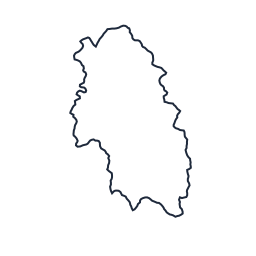 the district of Três Pontas, Minas Gerais, Brazil, rotated 70°
{"feature_id": "56859067B88282475528455", "entity_name": "Três Pontas", "entity_type": "district", "adm_level": 2, "iso_a3": "BRA", "parent_name": "Brazil", "parent_adm1": "Minas Gerais", "projection": "albers", "projection_center": [-45.5, -21.406], "detail": "fine", "context": "isolated", "style": "outline", "palette": "slate", "viewbox_px": 256, "rotation_deg": 70, "n_neighbors": 0, "source": "geoboundaries", "source_scale": "gbopen_adm2", "svg_char_len": 3910}
<svg xmlns="http://www.w3.org/2000/svg" viewBox="0 0 256 256"><g transform="rotate(70 128 128)"><path d="M30.3,143.2L31.8,142.8L33.7,141.9L35.5,142.1L37.0,143.3L38.0,145.0L38.8,146.6L39.4,148.4L39.6,151.3L40.4,152.8L41.6,154.0L43.3,154.4L45.3,154.7L46.1,153.5L47.2,152.1L48.9,150.5L50.7,149.9L53.1,149.7L54.7,148.7L56.9,149.1L58.4,150.4L59.8,150.3L61.2,149.0L63.2,148.9L64.8,150.0L65.9,151.4L67.3,152.6L69.0,153.1L70.3,154.0L70.6,156.2L70.9,158.3L72.4,159.0L73.7,158.0L74.3,156.7L75.0,155.4L76.4,154.6L78.5,154.5L79.7,155.5L79.5,157.2L78.5,158.2L77.4,159.2L76.4,160.6L76.6,162.2L77.4,163.8L78.8,164.8L80.5,163.6L81.8,162.5L83.7,163.1L83.9,165.4L84.0,166.9L84.5,168.7L86.4,169.1L88.0,169.5L88.7,171.6L90.2,173.5L91.6,174.8L92.7,176.1L94.1,177.1L95.5,176.1L96.9,174.7L98.7,175.6L100.5,174.5L102.6,173.8L104.4,173.9L105.8,175.0L107.1,176.6L108.5,177.6L110.2,178.4L111.7,179.7L113.4,180.5L115.0,181.3L116.5,181.6L118.0,180.7L120.3,179.9L122.9,179.7L124.1,180.8L124.8,182.0L126.5,182.8L128.3,181.8L129.0,179.2L128.8,176.3L129.0,174.4L129.2,172.9L129.0,171.4L128.3,170.2L127.5,169.0L126.8,167.7L126.7,165.9L127.0,164.2L128.7,163.0L129.2,161.5L130.2,160.0L132.2,159.5L134.1,160.1L135.7,160.5L138.0,160.2L139.6,158.9L141.1,157.6L142.8,157.1L144.2,157.1L145.8,156.0L147.9,155.3L149.5,156.8L152.3,156.7L154.5,157.8L156.2,159.4L158.4,160.4L159.8,161.7L161.9,160.7L163.7,159.5L164.9,158.7L166.7,159.1L168.7,159.8L170.3,160.8L171.5,162.3L173.3,162.7L175.3,163.4L177.0,164.9L179.7,165.4L181.7,165.5L183.9,165.3L182.7,163.1L182.5,161.5L182.9,160.1L183.8,158.2L185.6,157.0L187.5,156.8L189.0,156.6L190.1,155.2L191.7,153.6L193.9,153.4L195.8,152.6L198.0,151.8L199.4,151.8L200.9,152.1L202.5,151.8L205.0,151.9L206.9,151.6L206.7,149.7L206.0,148.4L205.2,147.1L204.3,145.8L202.9,144.7L202.0,142.2L200.2,141.4L199.3,140.1L199.0,138.1L199.1,135.7L199.7,133.8L201.1,132.2L202.9,131.1L204.6,130.2L205.7,128.9L207.0,127.5L208.2,126.3L209.0,124.5L211.2,123.1L213.3,122.3L215.0,121.8L216.4,121.8L218.4,121.0L220.5,120.5L222.1,119.4L223.6,118.2L224.3,117.0L225.5,115.5L227.6,113.8L227.6,111.8L227.9,110.0L227.6,107.7L227.1,105.9L225.3,105.3L222.6,105.2L220.5,106.2L218.4,105.8L216.9,105.5L215.3,104.5L212.9,104.6L210.9,102.9L212.3,101.3L212.5,99.2L212.8,96.8L211.5,95.4L209.4,94.6L207.8,94.4L206.6,93.8L205.3,92.4L204.0,91.0L203.0,89.8L200.9,89.5L198.3,89.9L196.3,89.2L195.2,88.3L193.8,87.5L192.2,87.5L190.3,87.3L188.9,87.1L187.6,86.7L187.5,84.6L186.9,82.6L185.3,82.1L183.6,81.9L181.7,80.9L179.5,80.6L178.1,80.2L176.0,81.2L173.9,81.7L171.1,81.7L168.3,81.4L166.8,79.8L164.9,79.1L163.1,78.0L161.3,77.4L159.1,76.3L157.4,76.9L155.6,77.5L153.7,77.1L152.3,76.6L150.8,76.3L149.4,76.5L148.7,77.9L147.7,79.8L145.9,81.3L144.7,83.0L143.4,83.9L141.9,84.5L140.6,84.0L139.3,82.7L137.9,81.6L136.7,80.5L135.8,79.4L135.0,78.1L133.3,77.7L132.1,76.5L131.2,74.7L129.9,73.2L128.4,74.0L127.2,74.9L125.6,75.4L123.6,76.0L122.2,76.9L120.4,77.4L119.3,79.6L118.4,81.4L117.1,82.8L115.9,84.7L113.8,84.2L112.0,84.1L110.4,83.6L110.0,81.9L109.7,80.3L108.1,79.0L106.3,79.8L105.3,80.8L104.0,80.9L102.3,80.4L100.5,80.9L99.3,81.9L97.9,82.5L96.1,82.6L94.1,82.3L92.4,81.1L91.1,78.9L90.5,76.7L90.3,74.4L89.1,73.2L87.5,74.0L86.0,74.9L84.6,75.4L83.0,76.1L81.8,77.6L80.7,79.3L79.7,80.4L78.3,81.9L76.5,83.3L74.9,82.8L73.3,81.3L72.0,80.8L70.5,80.4L68.4,79.8L66.1,80.0L64.6,80.7L63.3,81.9L61.9,83.1L60.4,83.7L58.2,84.8L57.0,86.2L55.5,86.7L54.1,86.4L52.2,86.8L50.3,87.3L49.0,88.7L48.5,90.1L47.9,91.6L46.6,92.6L45.0,93.1L42.7,92.5L40.5,92.9L38.6,93.6L36.8,92.8L34.7,92.8L33.7,94.0L32.3,94.5L31.1,95.6L30.2,97.5L30.2,100.0L30.6,102.3L30.4,104.7L29.9,107.0L29.1,109.2L28.7,111.2L28.1,113.5L29.4,115.3L30.3,117.0L31.1,118.6L32.4,120.1L33.6,122.1L34.7,124.2L36.2,125.8L37.3,127.2L38.8,128.7L40.5,130.4L38.2,131.8L36.2,132.3L34.9,132.5L33.4,132.9L31.5,133.2L30.2,133.6L29.2,134.7L29.3,136.3L29.3,137.8L29.3,139.9L29.7,141.7L30.3,143.2Z" fill="none" stroke="#1e293b" stroke-width="2"/></g></svg>